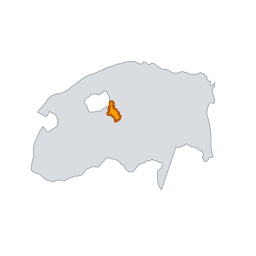 Mangaung, Free State, South Africa shown in context, rotated 202°
{"feature_id": "47623444B22599792684232", "entity_name": "Mangaung", "entity_type": "district", "adm_level": 2, "iso_a3": "ZAF", "parent_name": "South Africa", "parent_adm1": "Free State", "projection": "albers", "projection_center": [26.542, -29.381], "detail": "fine", "context": "in_parent", "style": "filled", "palette": "amber", "viewbox_px": 256, "rotation_deg": 202, "n_neighbors": 0, "source": "geoboundaries", "source_scale": "gbopen_adm2", "svg_char_len": 7023}
<svg xmlns="http://www.w3.org/2000/svg" viewBox="0 0 256 256"><g transform="rotate(202 128 128)"><path d="M177.5,50.0L183.7,49.3L186.5,49.9L189.7,51.3L192.8,51.9L198.1,51.6L199.9,51.9L201.3,52.4L202.3,53.1L203.6,58.4L204.7,64.0L204.6,65.8L204.7,66.5L206.1,68.9L206.6,70.4L207.4,71.7L209.0,77.7L209.2,78.8L208.5,93.2L207.7,94.9L207.9,97.2L207.0,97.4L202.1,94.3L201.2,94.4L199.7,95.4L198.3,97.1L197.6,98.5L194.9,102.3L194.7,104.7L194.8,106.9L195.6,107.0L196.2,108.5L197.5,111.0L199.7,112.7L201.9,113.4L204.8,113.8L207.2,113.8L207.2,112.2L207.9,107.8L211.8,108.5L217.7,108.7L217.1,111.5L214.7,117.9L213.0,125.2L211.1,128.8L210.0,130.2L207.1,132.8L205.6,133.6L204.3,133.9L199.3,139.1L197.4,141.7L195.7,145.4L194.1,147.5L191.6,151.9L187.4,158.4L183.9,162.6L182.4,163.8L181.4,164.4L178.7,166.8L174.8,170.8L171.9,174.3L167.6,178.3L165.1,180.1L161.4,183.5L160.4,184.0L156.2,187.3L153.2,189.2L148.4,191.5L146.5,192.2L142.0,191.6L140.1,191.9L138.5,193.3L138.4,195.3L137.8,195.6L133.6,194.7L131.9,194.9L130.9,196.0L130.1,197.3L127.7,197.4L123.5,196.1L118.5,195.4L117.3,195.3L114.9,196.4L114.1,196.6L110.5,196.5L108.6,195.9L106.7,195.9L105.3,196.5L103.6,196.8L99.0,200.7L96.6,200.8L94.6,201.3L90.8,201.0L89.8,201.3L88.7,202.0L86.2,202.4L85.3,203.0L81.2,206.7L79.5,206.4L77.3,206.5L74.7,204.8L73.7,205.0L74.0,204.4L74.0,203.5L73.0,202.5L72.1,202.7L71.5,201.9L70.0,201.9L68.8,202.2L68.3,199.1L67.7,198.8L66.2,198.8L65.5,199.0L65.2,199.3L64.8,200.1L65.0,202.3L64.4,201.7L63.7,200.4L63.4,199.0L63.5,197.3L64.6,196.6L64.1,194.5L62.1,191.0L61.0,190.3L60.0,188.5L59.1,187.9L58.7,186.6L57.7,185.7L57.3,184.0L57.7,183.0L58.4,182.5L59.2,183.2L60.1,182.9L61.3,181.6L62.0,179.7L61.8,176.8L61.5,175.0L60.1,170.4L59.5,169.4L56.9,166.2L53.8,161.9L49.8,155.1L47.8,151.0L44.5,142.6L41.9,137.9L38.7,133.6L38.3,133.4L38.7,132.8L40.1,131.6L40.7,131.3L41.1,131.4L41.5,131.1L41.7,130.3L41.8,128.7L42.4,127.0L43.0,126.2L44.3,125.6L45.4,126.1L45.8,126.7L46.1,127.5L46.5,127.9L47.3,127.8L47.8,128.3L48.2,129.3L48.2,130.0L47.8,130.5L47.9,131.1L48.5,131.9L49.2,133.5L52.0,134.1L53.5,134.1L55.0,134.4L56.4,135.1L58.7,135.1L61.8,134.5L64.4,134.5L66.4,135.1L67.9,135.1L68.8,134.6L69.1,133.9L69.0,133.1L69.4,132.5L70.4,132.2L71.2,131.5L71.7,130.4L73.1,129.4L75.3,128.6L76.4,128.6L73.9,83.3L78.1,86.2L79.2,87.6L81.4,91.7L83.7,96.8L84.2,99.4L84.1,99.9L82.2,103.4L82.2,105.1L82.5,107.1L83.1,108.1L83.7,108.4L85.1,107.8L87.3,108.2L91.6,107.8L93.7,108.0L94.2,107.8L94.7,107.4L95.2,106.1L95.7,105.7L97.6,105.1L98.5,104.4L99.8,102.0L103.9,98.7L104.3,97.9L106.7,90.3L107.5,89.2L108.7,88.4L111.0,87.8L112.4,88.0L113.9,88.7L115.6,89.7L118.1,91.7L119.0,92.0L121.5,92.0L123.0,93.4L127.7,94.2L129.1,94.1L130.5,93.4L132.9,93.4L135.4,92.8L137.0,91.5L140.0,83.2L140.3,81.4L140.6,80.9L143.1,79.9L146.1,79.2L146.7,78.8L148.6,76.5L151.0,74.6L152.8,68.0L153.9,66.5L154.6,65.8L155.0,65.8L155.7,65.4L156.5,64.6L157.5,64.1L158.6,63.9L159.4,63.4L159.7,62.5L160.3,62.1L161.1,62.1L161.6,61.8L161.7,61.3L163.6,59.9L163.7,59.3L164.7,57.9L166.9,55.7L168.8,54.5L170.7,54.3L174.1,53.2L175.4,52.2L176.2,50.8L177.5,50.0ZM170.1,147.5L173.0,146.5L175.1,145.0L175.6,142.3L177.3,140.7L177.9,139.2L178.4,137.1L177.5,134.8L176.2,134.1L173.8,132.2L172.8,130.9L171.3,129.7L170.3,128.4L168.6,128.8L166.0,129.8L164.4,130.8L163.1,131.9L160.6,132.7L158.3,136.3L157.6,137.2L155.8,139.8L153.2,141.1L153.2,141.6L154.0,143.8L155.2,145.9L156.4,147.7L156.3,148.8L156.7,149.7L157.8,150.3L159.7,152.5L160.6,153.2L163.4,153.8L163.8,153.6L164.6,152.3L164.7,151.4L166.7,148.6L167.5,147.7L170.1,147.5Z" fill="#d9dde1" stroke="#a8b0b8" stroke-width="1"/><path d="M139.1,132.2L139.0,132.9L139.1,133.1L138.8,133.5L139.3,133.7L138.9,134.4L139.0,134.4L139.0,134.6L139.0,134.8L139.3,134.8L139.2,135.1L139.4,135.5L139.1,135.6L139.1,135.8L139.1,135.7L139.1,135.8L139.1,136.2L139.3,136.2L139.5,136.2L139.7,136.3L139.6,136.6L139.8,136.6L140.1,136.3L140.4,136.6L140.8,136.5L140.9,136.9L140.9,137.1L141.3,137.1L141.5,137.0L141.6,136.9L141.8,136.8L141.9,137.2L142.0,137.2L142.1,137.6L141.9,137.8L141.4,137.9L141.5,138.2L141.6,138.4L142.2,138.5L142.2,138.9L142.3,138.9L142.5,138.8L142.7,139.3L142.9,139.3L142.9,139.1L143.0,139.2L143.0,139.3L143.3,139.2L143.3,139.3L143.4,139.0L143.6,139.2L144.3,139.3L144.6,139.5L144.8,139.8L144.8,140.1L144.9,140.8L145.5,140.9L145.7,141.0L145.8,140.9L146.1,141.0L146.2,140.6L146.4,140.5L146.8,140.6L147.0,140.5L147.2,140.8L147.3,140.7L147.4,140.4L147.5,140.5L147.8,140.4L147.8,140.5L147.8,140.8L147.8,141.1L147.7,141.2L147.8,141.3L147.7,141.4L147.9,141.5L147.9,141.4L148.6,141.2L148.9,141.1L149.0,141.2L148.9,141.3L148.7,141.5L148.5,142.0L148.8,142.2L148.8,142.3L149.0,142.2L149.0,142.4L149.2,142.1L149.5,141.9L149.6,142.2L149.8,142.1L150.0,142.2L150.3,142.5L150.2,142.5L150.0,143.3L149.8,143.8L150.1,144.3L150.3,144.3L150.5,144.4L150.4,144.5L150.5,144.6L150.4,144.7L150.6,144.9L150.7,145.1L150.5,145.3L150.5,145.5L150.7,145.3L151.0,145.5L151.0,145.8L151.1,146.0L150.9,146.0L150.7,146.0L151.0,146.4L152.0,147.1L152.5,147.1L152.6,146.6L152.9,146.7L153.3,146.8L153.3,146.7L153.6,146.4L153.9,146.2L153.6,146.1L154.0,145.9L154.2,146.1L154.3,145.8L154.7,145.7L154.9,145.5L153.7,142.4L153.3,142.1L153.0,141.8L152.9,141.7L152.8,141.4L152.9,141.1L153.0,141.0L153.2,141.3L153.3,141.2L153.3,140.9L153.5,140.9L153.5,141.0L153.6,140.9L153.8,140.8L153.7,140.7L153.9,140.6L154.0,140.5L154.0,140.3L153.8,140.2L153.5,140.3L153.4,140.1L153.3,139.8L152.8,139.9L152.7,139.8L152.4,139.4L152.7,139.0L152.4,138.9L152.2,138.7L152.8,138.3L153.0,138.5L153.4,138.8L153.4,138.7L153.5,138.5L153.5,138.4L153.7,138.2L153.4,137.9L153.2,137.6L152.9,137.8L152.9,138.1L152.4,138.0L152.2,138.1L152.2,137.8L152.2,137.7L151.9,137.3L152.0,137.3L152.1,136.9L152.1,137.0L152.2,136.6L151.9,136.5L152.0,136.3L151.8,136.1L151.7,136.0L151.8,135.9L151.7,135.7L151.8,135.6L152.1,135.5L152.3,135.3L152.3,135.2L152.8,135.0L152.8,134.8L152.7,134.7L152.9,134.4L153.1,134.4L153.1,134.1L152.9,134.0L152.8,133.9L152.6,133.7L152.3,133.7L152.2,133.5L152.0,132.9L152.1,132.6L151.7,132.4L151.5,132.6L150.7,132.5L150.0,133.4L150.3,133.5L150.0,133.9L150.0,134.0L149.9,134.1L149.7,134.3L149.6,134.5L149.6,134.3L149.3,134.2L149.1,134.5L149.0,134.3L148.8,134.2L148.7,134.1L148.5,133.4L148.4,133.5L148.2,133.2L147.8,133.1L147.5,133.4L147.4,133.2L147.2,133.1L146.9,132.7L146.5,132.9L146.5,133.3L146.2,133.2L145.9,133.0L145.8,132.9L145.7,132.9L145.8,132.7L145.8,132.4L145.5,132.2L145.1,132.7L144.9,132.6L144.7,132.5L144.7,132.3L144.6,132.2L144.4,131.9L144.2,131.8L144.1,131.7L143.9,131.6L144.0,131.5L143.9,131.4L143.9,131.5L143.7,131.5L143.5,131.4L143.4,131.2L143.5,131.1L143.4,131.0L143.2,131.1L142.9,131.0L142.8,130.9L142.7,130.7L142.9,130.6L143.4,130.4L143.1,129.8L142.9,129.2L142.7,129.2L142.2,129.1L142.3,129.3L142.0,129.9L142.2,130.2L142.3,130.3L142.2,130.4L142.2,130.5L142.1,130.9L141.6,131.0L141.0,131.2L141.3,130.4L141.2,130.4L141.1,130.6L140.9,130.4L140.8,130.6L140.5,130.4L140.5,130.5L140.4,130.7L140.3,131.1L140.3,131.8L139.8,131.6L139.7,132.1L139.3,132.1L139.2,132.2L139.1,132.3L139.1,132.2Z" fill="#f59e0b" stroke="#b45309" stroke-width="1.5"/></g></svg>